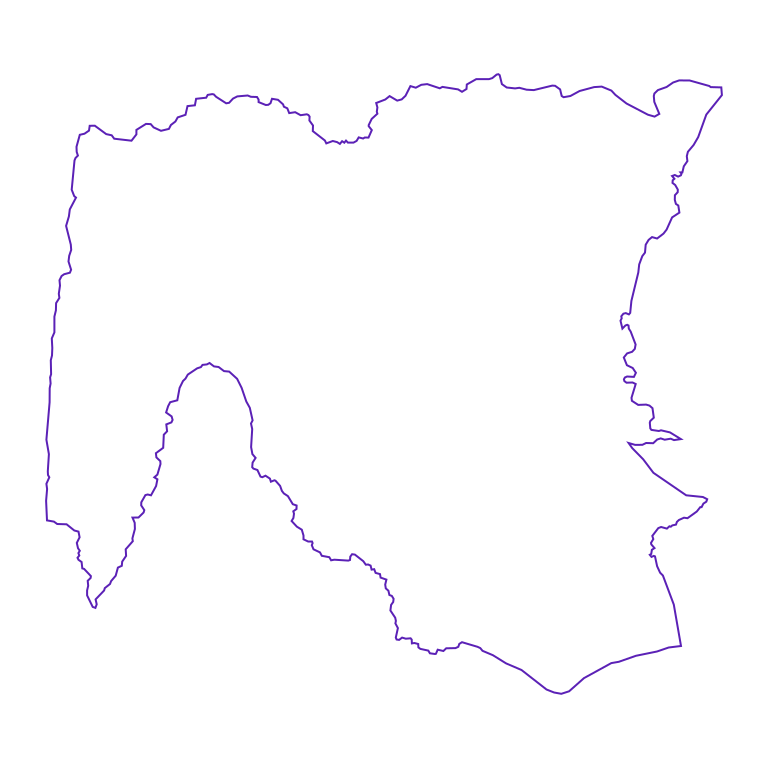 Rio Quito (Paimadó), Chocó, Colombia (orthographic projection)
{"feature_id": "7082276B43042384629965", "entity_name": "Rio Quito (Paimadó)", "entity_type": "district", "adm_level": 2, "iso_a3": "COL", "parent_name": "Colombia", "parent_adm1": "Chocó", "projection": "orthographic", "projection_center": [-76.811, 5.552], "detail": "fine", "context": "isolated", "style": "outline", "palette": "violet", "viewbox_px": 768, "rotation_deg": 0, "n_neighbors": 0, "source": "geoboundaries", "source_scale": "gbopen_adm2", "svg_char_len": 5989}
<svg xmlns="http://www.w3.org/2000/svg" viewBox="0 0 768 768"><path d="M681.0,646.0L673.8,604.6L662.9,575.5L660.1,572.7L657.1,566.2L655.0,556.4L653.8,555.9L651.5,556.9L649.8,554.8L651.2,554.0L651.9,549.8L654.5,548.1L651.3,544.4L651.0,542.9L653.3,539.1L652.3,535.9L658.3,528.1L661.1,527.0L666.9,528.6L669.4,526.3L670.8,526.7L672.3,525.4L676.0,524.6L676.9,521.9L678.9,520.0L684.0,517.7L687.5,518.2L696.8,511.5L700.3,507.1L701.6,507.1L703.4,503.6L706.3,501.7L707.2,499.2L702.9,497.0L686.2,495.3L653.4,472.8L643.2,459.3L632.3,448.2L628.6,443.0L635.2,444.9L642.4,444.8L646.1,443.0L653.2,443.2L657.2,439.5L660.7,438.4L664.7,439.7L670.7,438.7L674.0,440.1L680.9,439.1L670.0,432.4L661.0,430.3L658.9,431.0L651.4,429.9L650.3,428.4L649.8,422.7L650.3,421.0L653.8,417.7L652.5,408.2L649.5,405.6L646.1,404.6L638.2,404.9L631.9,400.8L631.5,397.8L635.7,384.0L632.6,382.5L626.5,382.7L624.4,381.1L623.9,379.3L624.9,377.5L627.1,376.5L633.9,376.9L635.9,372.8L632.7,368.0L626.9,365.2L623.8,357.5L627.1,353.4L632.1,351.8L634.8,348.9L635.6,344.5L630.7,331.6L628.8,328.6L628.5,325.5L627.2,324.8L625.4,325.5L622.4,328.6L620.5,320.7L621.7,318.3L621.3,316.3L623.4,313.7L625.8,313.1L628.9,314.4L630.2,312.9L631.4,300.9L638.3,272.5L639.2,264.4L642.3,256.1L645.0,252.6L645.7,244.7L648.6,239.9L652.0,237.1L657.1,238.5L663.5,233.6L666.6,229.6L672.1,217.4L679.4,212.6L678.3,205.5L675.9,203.9L674.8,199.9L674.9,195.2L677.7,192.2L677.8,189.6L675.2,185.0L672.5,182.9L672.7,180.3L674.4,178.8L672.1,176.0L674.8,175.0L678.1,176.6L680.9,175.3L681.5,173.7L680.5,172.4L682.4,172.3L683.8,166.3L687.4,161.1L686.8,156.2L687.9,151.8L693.6,145.0L698.2,137.1L706.3,114.6L721.9,95.1L721.3,87.4L710.7,87.1L709.3,86.0L689.7,80.5L679.2,80.4L673.1,82.5L666.6,87.0L657.9,90.1L654.4,93.5L653.8,96.0L654.3,101.9L659.3,113.9L654.6,116.6L647.9,114.7L626.5,103.5L615.4,94.9L611.4,90.6L601.7,86.6L594.1,87.1L579.6,91.0L570.4,96.0L563.6,97.2L561.7,96.0L560.1,89.4L555.1,85.8L552.3,85.6L533.8,90.1L526.6,89.7L519.3,87.8L515.1,88.4L506.7,87.5L501.9,84.1L499.7,75.2L498.4,74.2L496.6,74.6L492.3,78.1L489.1,79.1L476.3,79.1L466.8,84.5L466.5,89.0L462.0,91.8L458.1,89.4L442.4,86.9L439.8,88.3L427.2,84.1L421.3,84.8L415.8,87.7L410.4,86.1L405.5,95.8L401.7,99.4L397.2,100.6L389.6,96.1L385.3,99.5L376.2,103.0L377.4,107.4L376.8,111.7L377.4,113.7L371.7,118.9L368.7,125.1L368.7,126.2L371.8,130.1L368.5,137.6L364.8,137.5L363.1,138.5L358.7,137.4L356.6,140.9L353.5,142.6L347.9,142.6L346.0,140.6L344.3,142.7L342.1,141.2L339.9,143.9L337.1,142.1L332.8,141.0L326.3,143.4L324.9,140.5L312.8,131.1L313.0,125.5L309.4,120.5L309.6,116.6L308.4,115.0L306.8,114.3L300.6,115.2L295.2,112.2L289.2,113.1L287.3,108.3L283.9,106.7L283.1,104.4L278.0,99.8L272.0,98.8L270.5,103.2L268.3,104.8L265.8,105.0L258.6,102.1L258.6,99.6L257.0,97.0L250.9,96.8L247.7,95.5L237.3,96.4L233.0,98.6L229.1,102.8L226.2,103.3L216.1,96.8L213.8,94.4L212.2,94.1L207.7,94.9L206.2,97.7L196.1,98.8L194.9,105.3L187.5,106.1L185.5,114.8L177.7,117.4L175.4,121.5L170.9,125.0L168.9,128.9L161.0,130.8L153.6,127.4L150.7,124.1L146.0,123.9L136.4,129.9L136.4,134.4L131.5,140.7L114.2,138.7L111.7,135.3L106.2,134.1L94.8,125.7L89.7,125.8L89.0,130.6L84.5,133.7L79.8,134.8L76.5,146.8L76.7,151.9L77.9,155.6L75.5,158.0L74.5,160.5L71.7,189.7L74.2,196.1L76.0,197.6L69.8,209.4L68.9,216.4L66.1,225.9L70.8,244.6L71.2,249.9L69.2,255.8L68.5,261.5L71.1,269.7L69.9,272.7L64.2,274.2L61.6,276.0L59.5,280.2L60.0,285.6L58.8,293.8L59.4,297.9L56.1,303.1L55.9,310.4L54.4,316.6L54.4,332.4L51.8,338.4L52.3,348.0L52.0,355.5L50.8,360.2L51.1,374.2L50.1,377.4L50.6,383.5L49.7,388.2L49.6,402.3L46.4,439.7L48.9,454.2L47.8,471.3L48.0,475.0L49.3,477.3L46.4,483.8L47.1,489.0L46.1,500.8L47.0,520.4L53.9,521.6L57.2,524.0L66.6,524.3L74.3,530.5L78.5,531.6L79.6,537.3L76.8,542.9L78.0,548.2L79.8,550.8L78.4,553.1L79.3,555.5L77.5,557.8L78.5,559.8L81.6,562.0L82.3,568.4L84.1,568.9L90.9,576.1L90.6,578.0L87.7,580.8L88.2,585.8L87.1,590.4L87.1,595.4L92.7,606.9L95.4,607.9L96.7,604.3L95.6,599.4L104.1,590.5L104.8,588.1L110.0,584.0L111.1,581.1L115.7,575.7L117.9,567.6L121.8,565.8L122.2,561.6L126.1,555.9L125.7,549.3L132.8,541.2L132.4,538.4L134.9,529.0L134.7,522.8L132.5,517.6L138.5,517.5L143.6,512.5L144.3,510.1L141.2,505.4L141.3,502.3L145.4,495.1L147.7,494.5L151.0,495.3L156.1,486.0L157.4,479.3L154.3,477.3L157.4,474.6L160.5,464.0L160.3,461.1L156.4,457.4L155.9,453.2L163.2,447.8L163.8,434.7L167.1,431.3L166.3,424.4L171.4,422.4L172.6,419.9L171.6,416.4L166.1,412.5L168.1,406.2L170.2,402.2L177.3,400.3L179.6,387.9L183.0,381.0L185.5,378.6L187.8,374.6L197.2,368.3L200.9,367.1L202.5,364.9L206.9,364.4L209.5,363.0L214.0,366.4L218.6,367.0L224.0,371.1L229.2,371.6L237.1,378.8L241.6,387.8L246.3,401.5L249.8,407.8L252.6,420.4L251.0,423.5L252.2,429.0L251.1,447.1L252.4,454.1L255.6,457.9L252.6,462.6L252.2,467.2L253.4,468.6L257.4,470.0L260.5,476.6L262.3,477.2L265.5,475.7L269.9,478.6L270.9,481.7L274.4,480.3L275.5,480.7L280.1,485.9L281.9,490.9L283.8,493.4L287.9,496.1L292.8,504.2L296.6,505.5L296.5,509.0L293.3,511.3L294.0,513.7L293.4,518.0L291.6,521.0L296.9,526.7L301.8,529.7L303.5,535.5L303.5,539.3L308.1,541.5L312.0,541.5L312.6,543.1L311.8,545.2L313.5,549.3L320.0,552.4L321.8,555.8L329.3,557.2L331.1,560.3L334.3,559.7L348.3,560.6L350.0,560.0L350.3,556.6L352.1,554.2L354.9,554.6L363.3,561.2L365.8,564.7L368.1,564.5L370.6,565.6L371.6,569.6L374.2,569.2L375.6,572.9L380.0,574.1L380.6,577.6L386.4,579.6L385.2,584.6L385.8,588.4L388.4,590.7L389.4,595.0L391.8,595.9L393.6,598.8L393.2,602.0L391.1,604.9L390.4,610.5L395.2,617.7L395.9,620.9L395.4,623.4L397.9,628.1L395.8,637.6L396.6,639.5L399.1,639.9L402.1,637.6L405.8,638.7L410.6,638.3L411.7,639.6L411.9,643.4L414.4,643.0L418.2,644.0L418.4,647.4L420.4,648.9L428.3,650.6L429.9,653.3L435.0,654.0L435.9,653.8L437.7,649.7L443.4,651.0L446.2,648.3L455.5,648.1L458.3,646.8L459.3,643.9L462.0,642.2L477.5,646.8L480.3,648.1L482.5,650.8L492.9,655.2L506.1,663.4L521.5,670.0L546.5,689.5L554.1,692.5L561.3,693.8L569.1,691.3L584.0,678.1L611.3,663.1L618.8,661.8L635.9,655.8L657.0,651.5L668.7,647.5L681.0,646.0Z" fill="none" stroke="#5b21b6" stroke-width="2"/></svg>